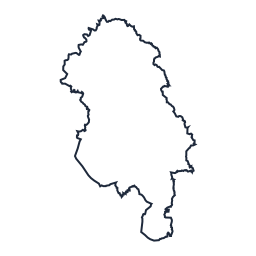 the district of Chinicuila, Michoacán, Mexico
{"feature_id": "50627088B20699508066130", "entity_name": "Chinicuila", "entity_type": "district", "adm_level": 2, "iso_a3": "MEX", "parent_name": "Mexico", "parent_adm1": "Michoacán", "projection": "robinson", "projection_center": [-103.39, 18.747], "detail": "fine", "context": "isolated", "style": "outline", "palette": "slate", "viewbox_px": 256, "rotation_deg": 0, "n_neighbors": 0, "source": "geoboundaries", "source_scale": "gbopen_adm2", "svg_char_len": 5765}
<svg xmlns="http://www.w3.org/2000/svg" viewBox="0 0 256 256"><path d="M63.2,70.1L67.2,74.0L65.2,78.1L60.7,79.9L60.7,81.5L61.1,82.4L61.9,82.9L62.2,83.7L65.2,83.7L69.5,86.1L70.3,85.7L71.1,86.4L71.9,86.0L71.2,86.7L70.9,87.6L70.9,88.9L71.4,89.8L71.4,91.2L71.1,91.5L71.7,92.2L73.0,91.4L73.5,91.7L73.9,90.1L74.6,89.3L74.3,90.4L74.5,90.5L74.7,91.9L74.9,92.1L76.1,91.9L76.2,92.4L76.9,92.2L77.7,91.0L78.2,92.3L81.1,92.9L81.8,93.3L82.3,93.3L81.9,92.6L82.0,92.1L82.7,92.6L83.2,93.7L82.2,96.7L80.8,97.8L80.7,99.6L80.2,100.0L81.3,101.8L82.7,102.6L83.3,103.6L84.8,104.6L85.5,106.2L87.2,106.8L87.4,107.6L86.8,108.4L86.9,109.0L88.1,108.9L89.3,110.0L89.0,110.9L88.3,111.1L88.3,113.6L88.6,114.7L87.9,115.6L87.9,116.5L89.1,119.6L88.8,122.3L87.1,124.3L86.3,124.9L85.0,124.7L84.8,125.3L85.3,127.5L85.0,128.7L85.3,130.0L86.3,130.7L85.5,130.4L84.4,131.0L84.1,130.4L82.9,129.8L81.0,131.2L79.1,131.6L77.3,131.2L78.2,133.1L78.3,134.2L78.0,135.3L77.0,135.4L76.9,137.2L77.3,138.0L80.8,139.3L79.6,141.5L77.7,148.5L75.2,155.4L75.0,156.1L76.2,158.7L82.4,166.3L88.4,175.3L91.0,178.1L94.2,180.6L98.9,183.6L100.2,186.3L101.6,185.4L103.2,186.1L105.9,186.1L106.2,185.7L109.4,185.2L110.3,184.2L116.0,182.5L115.5,183.4L115.3,185.5L116.6,187.1L116.6,187.8L117.4,188.0L117.3,190.3L118.6,193.2L119.6,193.1L120.5,195.5L121.5,195.7L121.7,196.9L122.6,195.9L122.3,195.3L122.4,194.6L123.7,194.5L123.4,193.1L123.9,193.4L124.8,193.3L125.6,193.8L125.5,192.6L125.9,191.8L126.8,192.4L127.5,192.0L127.1,191.0L127.4,190.2L128.6,190.0L128.9,190.6L129.7,190.6L129.6,189.5L129.0,188.4L129.6,187.5L130.5,187.3L132.4,186.2L132.9,186.6L133.3,186.1L134.4,185.6L135.2,186.8L136.2,187.1L137.2,188.6L138.4,189.3L139.3,192.9L139.4,194.1L141.5,194.7L142.6,195.7L144.0,197.4L145.5,200.3L146.8,201.7L151.5,203.8L151.1,204.2L150.6,206.4L146.0,210.1L145.2,213.8L144.8,214.3L143.7,214.0L143.2,214.3L142.6,216.2L141.9,217.4L142.4,218.5L142.4,221.8L141.2,232.0L145.0,235.0L147.7,237.6L150.2,239.2L154.0,240.6L158.9,240.2L160.0,238.9L160.8,239.0L161.7,238.4L163.7,238.1L165.8,236.7L166.1,236.9L167.4,236.5L167.5,233.5L168.2,232.6L168.6,232.8L168.7,233.8L169.4,234.1L170.0,236.0L170.9,236.0L170.8,235.3L171.2,235.0L172.5,231.6L172.4,230.5L171.8,229.6L172.1,229.2L172.0,227.6L171.2,227.3L171.2,225.6L170.8,225.3L171.8,221.7L171.9,220.1L170.9,217.7L165.7,217.5L164.9,217.1L164.9,215.9L164.3,214.6L165.5,212.5L165.1,212.4L165.1,211.8L168.5,211.7L168.8,209.7L165.9,209.8L165.5,209.2L167.3,207.6L169.9,206.6L170.8,206.8L171.1,205.8L171.8,205.4L172.1,204.6L171.7,203.2L172.2,200.3L171.9,199.0L172.9,197.0L174.6,195.4L174.3,195.2L174.7,194.3L174.3,193.0L174.6,192.3L174.2,190.9L173.9,190.8L173.4,188.4L173.7,188.0L173.4,187.5L173.9,184.0L173.6,182.8L174.0,181.9L173.3,181.0L173.8,180.7L173.6,179.9L174.0,179.6L173.3,179.4L172.4,178.4L171.9,178.6L172.2,177.8L172.0,176.6L171.3,174.7L171.4,173.4L171.0,172.4L174.9,173.1L175.7,172.8L177.2,171.0L177.6,171.6L178.0,171.2L181.3,171.0L181.9,170.5L183.4,171.0L184.2,170.3L185.4,170.1L186.0,170.6L186.6,170.2L188.0,171.6L191.1,170.6L191.4,171.7L191.9,171.6L192.2,172.2L192.5,171.3L193.6,170.7L192.8,168.2L192.5,168.2L191.8,167.2L191.2,167.2L191.2,166.8L190.6,166.5L189.9,167.1L189.8,166.6L190.3,166.1L189.6,166.2L189.7,165.7L189.2,164.6L188.3,164.0L188.6,163.6L187.7,161.1L186.3,160.4L186.4,157.7L186.0,156.6L186.3,155.5L186.3,151.3L189.1,148.1L189.7,147.9L191.0,145.5L193.2,145.4L195.3,144.4L193.8,143.5L194.6,142.3L194.6,140.4L193.3,140.1L191.6,137.4L192.0,136.9L191.7,136.4L192.2,134.6L191.0,133.6L189.6,134.2L187.3,133.4L187.5,128.0L188.0,127.3L187.1,127.7L185.4,127.3L184.5,124.0L184.7,122.7L185.1,122.3L185.0,121.5L184.6,120.9L183.6,120.9L183.5,120.5L182.7,120.1L183.0,119.3L182.3,117.3L180.8,116.2L179.9,116.0L179.0,116.1L178.3,116.8L176.3,116.4L174.8,113.3L173.3,111.4L174.2,110.6L174.4,109.7L173.9,107.9L173.1,106.6L172.0,106.1L170.6,104.4L169.5,104.2L168.1,102.4L166.8,102.3L166.8,100.0L166.4,99.3L166.7,98.1L162.8,95.0L162.7,91.8L162.2,91.9L161.1,89.9L161.0,88.8L163.1,86.6L163.7,86.7L164.4,85.9L167.6,86.7L167.7,86.0L168.2,86.2L168.4,85.7L169.0,85.6L168.1,85.0L168.7,84.6L167.6,83.6L168.5,82.9L167.8,81.6L168.0,81.3L167.2,80.9L167.4,80.4L166.4,78.9L166.6,77.9L165.8,77.3L165.8,76.5L165.3,75.6L165.4,75.2L164.8,74.6L164.3,71.3L163.8,70.4L162.2,70.1L159.1,66.8L158.2,67.0L157.5,66.7L156.6,65.0L155.4,64.5L154.6,65.1L153.5,64.2L153.4,62.8L154.0,61.5L154.0,59.6L154.4,58.5L154.8,58.5L155.6,57.5L158.0,56.7L158.6,56.0L159.9,56.5L159.9,55.9L159.4,55.4L159.8,54.6L159.4,53.5L159.5,52.2L158.4,50.7L158.1,49.3L156.9,47.8L155.8,48.2L155.4,47.2L154.7,47.4L154.1,46.7L153.4,46.5L153.3,45.9L152.2,45.4L152.0,44.0L151.3,43.3L150.6,43.9L149.5,42.7L148.9,43.1L148.4,42.6L146.9,42.8L144.7,42.2L143.3,40.8L140.8,40.5L140.3,40.1L140.0,38.9L140.5,38.2L140.5,35.7L139.1,34.8L137.6,35.2L137.4,35.0L136.2,33.0L136.3,31.9L135.6,30.9L134.8,30.6L134.9,29.8L134.1,29.2L133.9,26.3L132.3,26.7L130.7,25.8L129.3,24.4L128.0,26.0L127.5,26.1L126.9,25.0L126.7,23.7L125.6,22.8L126.2,21.2L125.8,21.0L125.0,21.3L124.4,19.9L121.6,20.0L119.2,19.1L118.5,19.0L117.5,19.4L115.5,18.8L114.0,19.6L112.1,19.7L110.4,21.1L109.1,20.8L108.1,21.8L106.9,21.8L105.5,19.4L104.8,17.3L103.5,15.6L103.0,15.4L102.6,16.3L103.6,16.8L103.3,18.1L101.1,18.6L100.7,19.4L100.9,20.4L100.5,20.8L98.7,20.6L99.6,22.6L99.4,24.9L99.0,25.1L97.2,24.3L97.6,25.9L96.7,27.4L96.7,28.7L95.7,30.4L94.5,30.5L93.1,29.4L88.7,28.0L88.6,28.7L89.1,29.7L90.5,30.0L91.0,30.7L89.6,35.1L88.1,36.0L87.0,34.5L84.4,34.2L83.2,35.0L83.2,35.6L84.1,37.5L84.9,37.9L86.3,39.5L86.5,41.2L86.1,41.7L84.5,42.1L82.8,44.8L81.3,44.4L78.7,44.9L78.5,46.0L78.7,47.7L80.8,51.6L80.4,52.0L79.4,54.8L78.9,54.9L76.4,53.0L75.6,52.9L72.0,53.7L71.2,54.5L68.9,54.3L68.5,55.5L68.6,57.1L68.3,59.2L67.4,60.0L65.4,60.3L64.6,60.8L64.7,64.5L63.3,66.4L63.2,70.1Z" fill="none" stroke="#1e293b" stroke-width="2"/></svg>